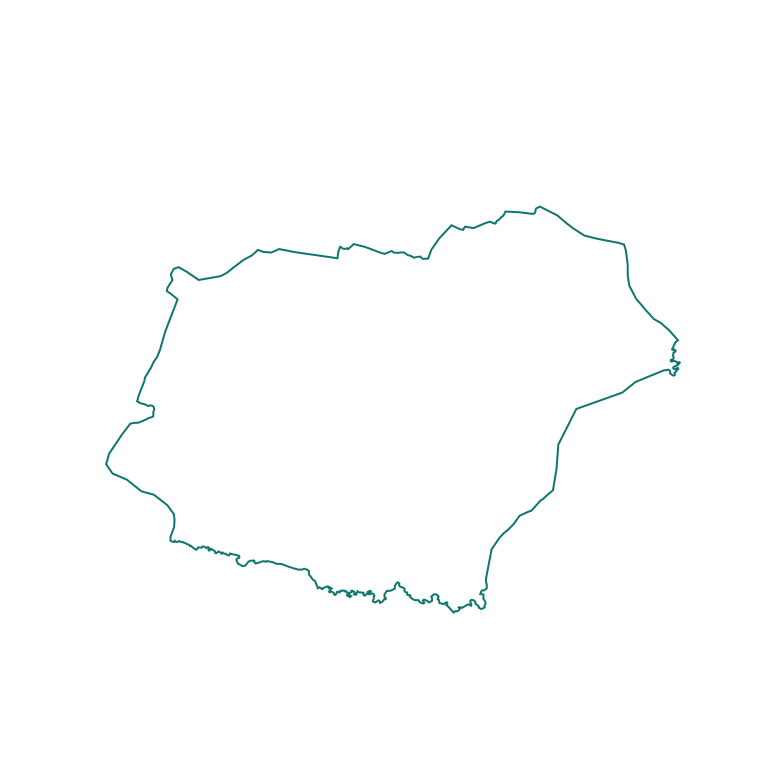 Kafin Hausa, Jigawa, Nigeria, rotated 33°
{"feature_id": "59680162B31389051207927", "entity_name": "Kafin Hausa", "entity_type": "district", "adm_level": 2, "iso_a3": "NGA", "parent_name": "Nigeria", "parent_adm1": "Jigawa", "projection": "mercator", "projection_center": [10.036, 12.162], "detail": "fine", "context": "isolated", "style": "outline", "palette": "teal", "viewbox_px": 768, "rotation_deg": 33, "n_neighbors": 0, "source": "geoboundaries", "source_scale": "gbopen_adm2", "svg_char_len": 6165}
<svg xmlns="http://www.w3.org/2000/svg" viewBox="0 0 768 768"><g transform="rotate(33 384 384)"><path d="M151.1,424.3L156.8,424.5L164.8,425.5L172.0,459.4L177.5,477.2L179.0,484.7L178.8,490.8L179.8,498.3L180.0,508.5L181.5,512.4L184.5,527.0L186.4,533.0L190.5,532.7L194.5,531.3L196.9,531.1L198.2,530.8L199.2,529.6L200.8,528.7L201.9,528.4L203.6,528.9L205.1,530.3L205.7,532.9L207.4,535.5L208.0,537.0L206.8,539.0L205.2,540.6L204.1,542.9L199.2,550.1L195.0,553.2L193.3,555.0L192.8,555.8L191.8,568.2L191.4,592.3L194.0,600.3L194.5,602.5L205.2,607.0L209.2,606.2L220.4,604.3L239.1,606.1L251.2,602.2L268.2,603.6L278.6,607.6L282.3,612.0L286.0,618.5L288.1,628.3L290.3,631.7L292.2,631.6L293.9,630.8L294.0,629.4L295.4,629.7L297.0,628.8L297.7,627.3L300.2,627.0L301.1,626.0L302.2,626.2L304.4,625.5L306.2,625.6L308.1,624.9L309.5,625.6L310.3,624.8L312.1,625.2L314.6,625.4L316.9,625.3L317.2,624.1L317.1,622.2L320.1,620.8L320.5,618.9L321.9,618.3L324.4,618.4L324.8,616.9L325.7,616.5L326.9,617.0L326.9,618.6L328.0,619.0L328.7,618.1L328.9,616.3L333.3,616.4L334.5,617.6L335.7,616.9L336.4,614.5L338.0,614.4L340.3,614.7L340.3,613.3L342.1,613.3L344.5,612.6L346.0,612.8L347.5,611.9L347.3,609.9L348.6,609.7L350.4,609.0L352.5,608.1L356.1,607.0L357.0,607.9L357.0,609.0L355.9,610.1L355.9,611.8L357.0,612.8L359.3,614.2L364.9,613.7L366.3,612.3L366.8,610.2L367.0,607.6L367.7,605.5L368.6,604.6L370.2,603.8L370.8,602.9L371.7,603.0L372.3,604.1L374.1,604.4L375.5,603.0L378.3,599.4L379.8,598.0L381.9,597.4L382.3,596.2L387.7,594.0L391.8,593.4L395.9,590.8L403.9,589.1L411.0,587.1L412.8,586.5L416.3,584.4L417.6,582.4L421.3,581.5L422.9,581.8L424.3,583.9L425.2,584.9L426.6,585.2L430.9,586.8L433.4,586.8L439.8,591.3L440.5,589.6L443.4,589.7L444.2,589.4L443.9,588.5L445.7,585.9L447.0,584.4L447.8,584.2L448.3,585.1L449.1,585.3L449.5,584.0L451.6,584.1L450.9,585.8L451.1,588.1L452.0,588.2L452.2,586.9L454.7,586.5L456.0,586.8L456.8,587.7L458.0,587.5L458.1,586.5L458.3,585.3L457.7,584.4L458.1,583.5L460.3,582.8L459.8,581.8L460.2,581.0L461.6,580.5L461.9,579.5L463.4,578.9L464.3,579.2L465.0,578.4L465.8,578.4L466.3,579.2L467.5,579.5L468.1,580.3L468.1,581.4L469.0,581.6L470.1,581.0L471.3,581.4L472.0,579.9L470.2,579.7L468.3,578.4L470.1,576.1L469.3,575.1L470.5,574.5L472.1,574.5L473.3,575.4L473.3,576.8L475.4,575.9L474.9,574.1L474.7,572.2L475.8,572.5L476.9,572.2L478.1,571.3L479.5,571.0L480.4,570.2L481.1,570.8L481.6,572.0L483.1,572.0L483.6,570.4L484.2,569.0L483.5,567.4L484.9,565.0L485.8,565.0L486.2,566.3L485.5,567.5L485.3,568.2L485.7,568.5L486.4,568.3L488.3,566.0L489.3,565.9L491.2,566.7L491.3,568.2L492.3,569.5L492.8,571.8L493.1,572.4L495.8,571.9L496.5,570.0L497.3,568.4L498.4,568.4L499.8,569.7L501.0,568.0L501.4,566.0L501.3,564.6L502.6,563.6L502.0,562.6L500.6,562.5L499.0,560.3L499.0,556.7L499.3,555.6L500.3,555.2L502.1,553.8L504.4,549.9L503.1,547.4L503.1,543.6L503.9,542.7L505.5,542.9L506.3,544.7L508.0,545.2L510.3,544.5L512.7,544.4L513.6,546.2L515.3,546.9L517.0,546.2L518.2,548.0L519.6,548.0L520.5,546.9L521.3,547.0L522.0,548.4L524.5,548.8L527.2,548.6L529.1,547.6L530.3,546.5L532.1,547.3L534.2,547.4L536.3,546.8L537.0,545.5L534.5,544.4L535.0,543.0L537.1,542.5L539.1,542.3L540.4,542.8L541.5,541.4L542.3,539.7L541.1,537.7L539.4,536.4L540.0,534.7L540.4,533.3L542.1,532.1L544.7,532.1L545.9,533.2L545.6,534.4L546.3,535.3L547.7,535.2L549.9,537.6L551.5,536.9L553.8,536.2L554.9,533.5L555.8,532.9L556.7,533.6L556.5,535.5L559.2,535.7L564.8,537.3L567.0,537.6L567.4,535.8L569.4,534.6L569.9,533.0L570.2,531.2L568.4,530.8L568.9,530.0L571.4,529.1L574.3,523.4L574.9,522.7L576.8,522.8L577.7,522.6L577.5,521.5L574.7,519.4L574.5,518.6L575.0,517.3L577.3,516.5L579.6,517.1L580.2,518.4L584.6,518.9L585.2,519.9L588.0,519.8L589.6,517.8L590.0,516.2L588.9,515.1L588.9,513.2L588.5,512.3L586.6,511.0L584.0,509.8L582.7,507.1L582.0,506.4L579.2,507.8L578.6,505.4L578.5,503.7L580.3,502.6L581.2,500.4L581.4,499.3L579.2,496.0L577.0,494.1L575.2,490.8L564.3,464.1L564.6,450.3L565.7,444.0L567.4,438.7L569.0,431.1L569.5,420.5L575.1,411.8L576.7,409.9L578.7,396.5L580.0,393.9L581.2,388.8L583.6,381.1L574.8,361.0L563.2,339.9L558.9,300.2L588.6,261.3L593.8,245.3L611.5,219.8L612.3,219.5L613.2,218.7L613.9,217.7L614.9,217.1L615.8,217.1L616.5,217.2L617.0,217.5L618.1,219.2L620.2,219.5L622.1,219.3L622.7,218.9L623.0,218.1L622.6,217.4L622.0,216.9L621.6,216.2L621.9,215.6L622.2,214.7L622.2,213.8L622.1,212.9L622.4,212.1L622.6,211.2L622.2,210.6L621.4,210.8L620.8,211.6L620.3,212.9L619.4,213.4L618.5,213.4L617.7,213.0L617.6,212.0L619.1,209.4L620.0,208.6L620.1,206.9L620.5,205.1L619.6,204.9L619.1,205.3L618.9,206.0L618.5,206.8L617.7,206.4L616.8,206.1L615.5,206.4L614.4,206.8L613.4,208.3L612.5,208.7L611.7,208.4L611.5,207.3L612.1,206.9L612.6,206.3L612.9,205.4L612.9,204.6L612.5,204.1L611.4,203.2L610.9,203.0L610.7,202.0L609.6,199.9L610.5,198.9L610.7,197.9L610.4,197.2L609.9,197.0L609.3,197.1L607.7,198.0L607.0,198.2L606.6,197.8L606.7,196.6L607.0,196.1L606.4,195.4L606.1,193.9L606.1,192.6L605.6,190.3L606.7,187.2L593.7,183.6L583.4,182.1L574.8,182.5L562.0,179.1L555.3,177.0L549.4,175.4L536.1,167.9L529.6,160.6L523.0,150.7L514.3,140.5L509.4,136.3L503.1,138.1L494.1,141.9L482.8,146.4L471.1,150.4L458.2,150.4L449.8,149.8L437.6,148.2L418.1,150.3L416.1,153.7L416.1,154.8L417.4,157.9L416.9,159.6L415.5,160.7L412.7,162.0L403.7,166.4L394.5,171.7L392.0,173.2L392.0,174.5L392.3,175.4L392.3,177.0L392.1,179.0L391.5,180.1L390.9,183.9L390.7,184.1L389.9,185.7L389.7,186.7L390.0,187.3L390.1,187.9L390.1,188.7L390.0,188.9L387.4,189.7L384.7,190.0L384.4,190.2L381.5,193.7L374.2,204.5L366.4,207.8L366.5,208.3L366.2,208.9L366.2,209.7L366.5,211.5L363.2,212.9L354.2,214.1L351.0,231.9L350.6,245.7L352.7,254.9L348.3,257.9L345.1,257.4L342.5,259.4L340.5,261.7L336.5,262.0L333.5,263.0L329.0,262.8L326.7,264.3L324.2,266.5L320.4,268.5L318.0,268.3L313.6,274.6L308.8,276.0L293.6,279.3L282.5,283.1L280.4,290.5L279.4,290.5L279.1,290.3L278.8,290.8L278.1,291.6L276.2,292.8L272.5,292.8L272.6,293.6L273.9,298.6L276.5,303.9L274.7,304.7L237.3,322.0L222.6,327.9L218.0,335.0L211.3,338.8L205.2,340.2L203.2,348.1L198.8,356.0L194.5,367.8L191.6,376.5L188.0,382.8L171.9,397.7L158.2,397.3L148.1,397.9L145.0,401.9L145.5,408.2L149.9,412.0L150.0,421.0L151.1,424.3Z" fill="none" stroke="#0f766e" stroke-width="2"/></g></svg>